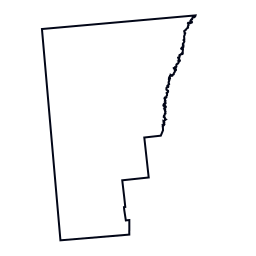 the district of General Roca, Córdoba, Argentina, rotated 85°
{"feature_id": "61730980B65942785311638", "entity_name": "General Roca", "entity_type": "district", "adm_level": 2, "iso_a3": "ARG", "parent_name": "Argentina", "parent_adm1": "Córdoba", "projection": "robinson", "projection_center": [-64.642, -34.475], "detail": "fine", "context": "isolated", "style": "outline", "palette": "ink", "viewbox_px": 256, "rotation_deg": 85, "n_neighbors": 0, "source": "geoboundaries", "source_scale": "gbopen_adm2", "svg_char_len": 4778}
<svg xmlns="http://www.w3.org/2000/svg" viewBox="0 0 256 256"><g transform="rotate(85 128 128)"><path d="M21.9,205.1L234.0,205.1L234.3,136.0L230.4,135.7L230.2,135.6L219.8,134.7L219.8,134.8L219.9,138.2L209.1,138.9L206.5,138.9L206.4,137.6L196.4,137.8L179.6,138.3L179.1,111.7L138.9,112.6L138.5,96.0L133.3,93.3L130.6,93.2L129.9,93.1L129.7,93.3L129.5,93.2L129.0,93.1L128.9,93.0L128.5,92.8L128.2,92.9L128.0,93.1L127.9,92.9L128.0,92.8L128.2,92.7L128.1,92.3L128.2,92.2L128.3,92.0L128.1,91.8L127.7,91.5L127.2,91.9L126.9,91.7L126.6,92.0L126.2,92.1L125.8,91.8L125.7,91.5L125.3,91.7L125.4,92.0L125.1,92.1L124.7,92.1L124.9,91.9L124.7,91.7L124.3,91.9L124.1,91.8L123.9,91.0L123.4,90.8L123.4,90.6L123.3,90.4L123.1,90.0L122.9,90.0L122.7,89.6L122.5,89.9L122.6,90.2L122.4,90.2L122.2,90.3L121.8,90.3L120.9,90.7L120.6,90.5L120.3,91.0L120.0,91.2L120.0,91.4L119.9,91.4L119.6,91.3L119.2,91.2L118.9,91.1L118.7,90.7L118.3,90.4L118.0,90.4L117.1,90.1L117.2,89.8L116.9,89.4L115.8,89.5L115.0,89.2L114.9,89.3L114.6,89.3L114.5,89.6L113.7,89.7L113.1,89.5L113.1,89.9L112.9,90.0L112.6,89.7L112.4,89.7L112.4,89.9L112.2,90.0L111.4,89.8L111.3,90.0L111.2,89.9L111.3,89.5L111.2,89.4L110.8,89.6L110.7,89.6L110.5,89.4L110.8,89.0L110.8,88.9L110.7,88.7L110.3,88.7L110.1,88.5L109.7,88.7L109.7,88.9L109.4,88.9L109.2,89.1L108.8,89.3L108.7,89.8L108.6,90.0L108.4,90.1L108.7,90.1L108.9,90.3L109.1,90.5L108.8,90.8L108.5,90.8L108.0,90.6L107.9,90.3L107.6,90.4L107.4,90.3L107.2,89.7L106.7,89.2L106.5,88.9L106.8,88.5L106.7,88.4L106.2,88.4L105.9,88.6L105.9,88.8L105.8,88.7L105.7,88.7L105.2,88.5L104.8,88.5L104.5,88.7L104.4,88.6L104.3,88.8L104.0,88.6L103.8,88.8L103.5,88.7L103.0,88.6L102.8,88.7L102.6,88.6L101.9,89.1L101.6,89.1L101.0,88.8L100.8,88.5L101.1,87.9L101.1,87.6L101.1,87.4L100.9,87.1L100.0,87.1L99.4,86.8L99.2,86.7L98.9,86.3L98.5,86.2L96.9,86.1L96.8,86.4L96.6,86.5L96.4,86.5L96.3,86.3L96.3,86.1L96.3,85.8L95.9,85.2L95.2,85.1L94.9,84.9L94.6,85.1L94.5,84.9L94.3,84.9L94.2,85.0L93.9,85.7L93.4,86.0L93.1,86.4L92.4,86.2L91.7,86.3L91.2,86.1L90.9,85.8L90.6,84.9L90.7,84.4L90.4,84.2L90.0,84.3L89.5,84.7L89.7,84.9L89.7,85.0L89.4,85.1L89.1,84.8L89.0,84.2L88.5,83.8L88.2,83.8L88.2,83.6L87.9,83.2L87.3,83.3L86.9,83.5L86.0,83.6L85.7,83.3L85.3,83.3L85.1,83.1L84.8,83.1L84.5,82.8L83.6,82.5L83.4,82.8L83.1,82.6L82.9,82.6L82.7,83.0L82.2,82.9L82.1,82.7L82.2,82.3L82.6,82.1L82.4,81.8L81.8,81.8L81.5,82.0L81.4,82.0L81.2,82.3L81.1,82.5L80.4,82.1L80.1,81.7L79.5,81.6L79.2,81.0L78.7,80.9L79.0,80.4L79.2,80.5L79.4,80.3L79.6,80.3L79.8,80.2L79.9,79.7L79.7,79.2L79.4,79.1L78.9,78.8L78.8,78.5L78.6,77.9L78.4,77.7L78.1,77.7L77.8,77.7L77.6,77.7L77.3,77.5L77.1,77.3L76.7,76.9L76.1,76.5L75.2,76.4L75.0,76.1L75.0,75.8L74.6,75.6L74.6,75.4L74.5,75.2L73.9,75.1L73.6,75.2L73.5,75.4L73.2,75.4L73.1,75.6L73.2,75.9L73.3,76.1L73.4,76.3L73.7,76.3L73.7,76.5L72.7,76.8L72.6,77.0L72.4,76.9L72.2,77.0L72.0,76.4L71.4,75.8L71.5,75.5L71.7,75.1L71.5,74.7L71.0,74.4L69.5,74.4L68.8,74.1L68.7,74.0L68.5,73.2L68.3,72.9L68.1,72.9L68.0,72.5L67.7,72.2L66.9,71.8L66.4,71.5L65.9,71.7L65.7,71.9L65.5,71.4L65.8,70.7L65.6,70.5L65.3,70.4L64.8,70.6L64.6,71.1L64.3,71.3L64.2,71.5L63.9,71.5L63.6,71.2L63.2,71.0L62.9,71.2L62.9,71.5L62.6,71.9L62.3,72.0L62.2,72.0L62.1,71.8L62.2,71.5L62.1,71.0L62.0,70.7L61.7,70.4L61.4,70.3L60.6,70.4L60.3,70.5L60.0,70.5L59.7,70.2L59.7,69.6L59.7,69.3L59.1,69.0L59.0,68.7L58.9,68.1L59.0,67.9L59.1,67.4L58.9,67.1L58.7,67.1L58.6,67.7L58.4,67.8L58.1,67.7L58.0,67.2L58.0,66.9L56.7,66.8L56.2,66.8L55.6,66.6L55.1,66.6L54.6,66.4L54.4,66.4L54.1,66.4L54.0,66.6L54.0,67.0L53.9,67.9L53.8,68.0L53.4,68.1L53.2,67.9L53.1,67.6L52.5,67.3L52.4,67.1L52.4,66.9L52.7,66.6L52.7,66.4L52.7,66.2L52.2,65.8L52.0,65.7L51.7,65.9L50.7,65.6L50.7,65.9L50.6,66.1L49.9,65.9L49.2,66.1L48.6,65.8L48.3,65.4L48.1,65.3L48.0,65.1L47.4,64.8L46.9,64.4L46.3,64.3L46.1,64.5L45.5,64.6L45.4,64.7L45.3,65.0L45.2,65.0L45.0,64.9L44.7,64.2L44.3,64.1L43.8,64.2L42.8,64.1L42.3,64.2L41.4,64.1L40.6,63.6L39.7,63.3L39.0,63.0L38.8,62.8L38.5,62.7L38.4,62.8L38.3,63.2L38.2,63.4L37.3,63.3L36.4,63.6L36.1,63.2L35.8,62.7L35.4,62.3L35.2,61.7L34.3,61.1L34.1,60.9L33.6,60.1L33.4,59.5L33.2,59.4L32.5,59.6L31.7,59.4L31.5,59.1L31.1,59.0L30.9,58.7L30.7,58.6L30.3,58.8L29.9,58.9L29.5,58.7L29.3,58.7L29.1,58.8L29.1,59.0L28.8,59.2L28.6,59.1L28.4,58.9L28.4,58.7L28.7,58.4L28.8,57.7L28.7,57.6L28.5,57.4L28.3,57.2L28.6,57.0L28.8,57.1L29.0,56.8L28.9,56.6L28.7,56.5L28.8,56.1L28.5,55.6L28.3,55.5L28.4,55.2L28.1,55.0L27.8,55.1L27.7,55.3L27.8,55.6L27.6,55.8L27.5,56.0L27.4,56.2L27.2,56.2L27.1,56.5L26.9,56.6L26.7,56.5L26.1,55.9L25.6,55.7L25.4,55.3L25.3,55.2L25.2,55.0L25.3,54.9L25.3,54.7L24.9,54.7L24.6,54.6L23.9,53.9L23.7,53.9L23.5,54.0L23.3,53.9L23.2,53.8L23.3,53.5L23.2,52.9L23.3,52.6L23.4,52.3L23.0,51.9L23.0,51.7L22.9,51.6L22.5,51.7L22.3,51.5L22.2,51.1L21.7,50.9L21.9,205.1Z" fill="none" stroke="#020617" stroke-width="2"/></g></svg>